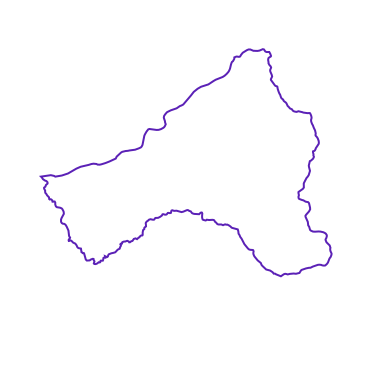 the district of Olaya, Antioquia, Colombia, rotated 70°
{"feature_id": "7082276B51610426990427", "entity_name": "Olaya", "entity_type": "district", "adm_level": 2, "iso_a3": "COL", "parent_name": "Colombia", "parent_adm1": "Antioquia", "projection": "albers", "projection_center": [-75.768, 6.602], "detail": "fine", "context": "isolated", "style": "outline", "palette": "violet", "viewbox_px": 384, "rotation_deg": 70, "n_neighbors": 0, "source": "geoboundaries", "source_scale": "gbopen_adm2", "svg_char_len": 5957}
<svg xmlns="http://www.w3.org/2000/svg" viewBox="0 0 384 384"><g transform="rotate(70 192 192)"><path d="M304.8,118.7L303.5,117.1L302.7,115.8L302.8,111.0L303.2,108.1L303.7,106.5L303.4,104.0L303.5,98.6L303.9,97.1L304.7,95.5L305.5,94.7L306.3,93.2L306.6,91.9L305.8,89.9L304.8,88.4L301.8,85.8L301.1,85.0L300.7,84.2L299.2,82.8L298.1,82.1L297.5,81.9L295.0,82.1L293.7,81.9L292.7,81.6L291.8,81.0L289.3,80.9L285.3,82.8L283.0,82.9L282.4,82.8L281.9,82.4L281.5,81.8L279.8,80.5L278.7,80.1L276.9,80.5L275.8,81.3L274.7,82.4L273.1,84.9L272.3,86.8L271.4,89.9L270.6,91.8L269.1,93.4L268.0,94.0L264.7,93.8L263.1,94.2L259.7,93.4L254.1,93.8L253.1,93.5L252.3,92.4L250.3,88.7L248.7,86.9L247.0,86.4L242.9,85.9L242.4,85.9L241.3,86.3L239.9,88.6L238.0,90.1L237.1,91.4L235.2,93.6L234.6,93.9L233.1,93.7L231.5,92.6L229.2,92.3L228.4,91.9L227.0,86.8L226.1,85.4L222.3,84.1L221.5,83.4L218.0,79.6L217.2,78.1L216.1,76.6L212.5,73.9L208.5,73.5L207.1,73.2L204.2,71.3L203.3,70.7L203.2,69.5L202.1,66.8L200.7,65.4L199.0,65.4L198.1,64.9L196.4,64.8L195.2,64.4L195.2,63.0L195.0,62.4L194.1,61.3L193.3,60.8L190.2,56.6L189.3,56.0L187.4,55.5L184.6,55.5L182.9,55.9L181.5,56.5L180.7,56.5L179.6,55.8L178.7,55.6L176.2,55.3L173.2,55.6L170.8,55.6L169.0,55.9L166.6,55.9L165.0,55.5L163.8,54.6L162.7,54.1L160.8,53.9L158.4,54.1L158.1,54.4L157.3,56.7L155.4,60.3L154.8,60.9L152.5,64.4L152.5,66.3L151.8,67.6L150.9,68.8L150.4,69.2L149.5,69.6L148.5,69.8L146.9,71.4L145.4,71.9L143.8,72.7L141.1,72.9L140.1,73.2L138.1,74.5L137.2,74.8L136.4,74.7L134.8,75.7L134.3,75.9L133.1,76.0L130.4,75.9L129.6,76.2L127.3,76.3L124.5,76.2L122.2,75.8L121.8,76.0L120.9,77.2L120.3,77.6L113.7,79.5L113.0,79.3L110.9,77.2L109.2,77.0L105.8,77.2L104.8,77.1L103.9,76.7L102.2,75.1L100.9,75.1L99.2,75.8L97.3,76.1L96.2,75.7L93.9,75.3L92.5,74.5L92.1,73.9L91.6,71.6L91.2,71.2L88.9,71.2L86.9,71.5L86.4,72.8L86.1,73.8L85.8,74.3L84.9,75.1L82.7,75.6L82.0,76.6L82.2,80.3L81.8,82.3L80.3,86.0L78.0,88.5L77.4,90.1L77.5,92.0L78.5,96.7L79.9,99.0L81.1,100.4L81.1,101.6L80.0,103.6L79.9,104.6L80.0,106.2L80.7,106.4L81.5,106.9L83.1,108.8L83.5,110.0L84.2,110.7L85.6,111.8L89.1,114.1L90.8,115.7L91.7,116.9L92.9,119.1L93.9,121.6L94.4,123.9L94.6,131.3L95.1,134.0L96.5,139.8L96.2,147.5L96.9,151.4L98.5,156.1L100.9,159.9L106.8,170.3L107.1,172.3L107.1,174.0L108.1,177.8L108.0,183.9L108.4,187.8L108.6,188.5L110.0,190.9L111.1,192.3L111.8,192.7L112.6,193.1L116.1,193.2L117.5,193.5L119.3,193.5L120.7,194.8L121.5,195.9L121.9,197.0L122.3,199.6L122.2,202.0L121.6,204.0L118.2,210.5L118.2,211.7L119.7,214.1L121.9,216.7L122.9,217.6L130.8,222.4L132.1,223.8L132.6,224.8L132.8,227.1L132.8,231.0L131.6,236.5L131.4,238.1L130.8,240.3L130.4,243.8L130.6,245.0L133.0,250.7L134.5,252.2L135.1,259.2L135.2,263.4L135.0,267.5L134.8,269.2L134.0,271.3L133.0,272.2L131.7,274.9L131.3,277.0L131.2,279.7L130.2,288.0L130.5,292.7L132.2,302.2L132.0,308.7L130.8,315.2L129.7,316.1L127.9,318.9L125.9,328.6L127.0,328.1L128.9,327.7L130.9,326.3L131.9,325.1L133.2,324.5L134.2,324.6L134.7,324.9L135.5,326.9L136.8,327.9L137.3,329.4L137.6,329.7L138.6,329.8L140.4,329.5L141.8,330.0L142.7,330.1L144.2,329.5L145.6,329.3L148.1,328.2L149.8,328.6L150.4,328.2L150.3,327.7L150.5,327.2L151.0,326.7L152.1,326.2L153.4,326.4L153.6,326.0L153.7,324.9L154.0,324.3L155.1,324.1L157.1,324.8L159.0,324.8L160.1,324.1L161.6,321.4L162.8,320.1L163.7,319.7L165.8,319.4L166.9,319.4L168.7,319.9L171.9,323.5L173.1,324.5L175.1,325.2L175.7,325.2L176.8,324.9L177.7,324.1L178.2,323.0L179.1,322.3L179.7,322.0L181.8,321.6L186.0,321.3L191.1,322.5L192.1,322.5L193.0,322.1L193.7,322.6L194.6,324.1L195.4,324.5L195.9,324.5L196.0,324.1L195.9,322.8L196.6,322.0L198.9,321.0L200.6,319.3L202.7,318.7L204.5,318.6L205.3,318.3L206.0,317.7L207.2,315.7L210.7,316.4L211.0,316.0L212.0,315.7L212.3,315.3L212.3,314.6L212.7,314.4L219.1,314.9L220.4,314.3L221.2,312.0L221.2,311.2L220.9,310.6L220.8,308.4L220.9,307.9L221.3,307.4L222.7,307.7L223.4,307.4L223.9,307.4L225.5,308.7L225.9,308.6L226.3,308.3L226.8,307.1L226.7,305.3L226.1,303.8L226.6,302.9L226.6,302.4L226.3,302.0L225.7,301.8L225.3,301.2L226.0,299.3L225.4,298.7L223.7,297.8L223.5,296.9L224.1,296.1L224.1,295.7L222.6,295.6L223.8,294.4L224.1,293.9L223.8,293.1L222.7,292.3L222.1,291.5L222.0,288.8L222.3,286.6L222.4,284.7L220.8,281.6L220.5,279.3L220.1,279.0L219.6,278.8L218.5,277.5L218.0,277.1L216.6,277.2L216.3,276.7L216.7,276.2L216.6,275.5L216.3,275.2L215.6,275.0L215.3,274.5L215.3,272.9L215.7,271.7L215.7,269.6L216.8,268.4L217.8,268.2L218.0,267.5L217.5,265.9L217.6,264.7L216.2,262.7L216.3,260.9L217.5,259.8L216.6,257.7L216.6,256.9L216.1,256.4L215.6,255.3L215.5,254.5L215.8,253.8L215.8,253.4L215.4,253.0L213.2,252.2L211.1,251.0L210.5,249.5L209.6,249.2L209.2,248.8L208.6,247.0L206.3,246.3L205.6,246.2L205.0,245.8L204.2,244.5L204.0,243.5L203.3,241.8L203.4,240.2L204.5,238.6L205.0,237.3L204.9,236.8L204.0,235.6L203.9,235.2L204.7,232.6L204.4,230.3L203.8,228.3L202.9,227.4L202.9,227.1L203.0,226.6L204.1,225.1L204.4,224.2L204.3,223.3L203.4,221.9L203.5,221.4L204.3,220.0L204.4,219.0L202.5,217.7L202.4,216.9L202.6,216.5L203.6,215.3L204.3,212.9L207.3,208.7L207.5,206.9L207.3,203.2L207.5,202.2L208.0,201.6L208.8,201.1L209.8,199.8L211.6,199.3L212.2,198.9L213.3,197.5L215.3,192.9L214.4,190.9L214.5,190.1L214.8,189.7L215.8,189.7L217.9,190.7L219.7,191.3L221.5,191.4L222.1,190.9L223.4,189.0L223.4,188.3L223.1,187.6L224.2,185.5L225.1,182.4L225.7,181.2L226.3,180.8L227.9,180.5L229.0,179.8L230.9,179.1L231.7,178.0L232.5,175.6L233.8,174.2L233.7,172.4L233.8,171.8L234.4,171.1L234.7,170.0L235.8,168.9L237.6,167.6L238.8,167.1L239.4,166.6L242.8,161.8L244.6,161.9L247.1,162.5L248.6,162.1L250.8,162.0L252.7,161.4L258.9,160.6L264.1,158.8L265.3,158.2L266.2,157.1L267.1,155.1L267.6,154.4L268.8,154.4L270.2,155.2L271.2,155.5L273.1,155.5L274.1,155.3L278.7,153.7L282.3,151.6L284.2,151.6L285.4,151.2L290.2,148.8L292.5,145.5L294.9,143.7L296.7,143.1L297.0,142.1L297.4,141.6L297.9,141.4L301.6,137.3L300.7,133.9L300.7,132.7L301.0,131.9L302.2,130.2L302.4,128.1L303.4,124.3L304.4,122.3L304.8,118.7Z" fill="none" stroke="#5b21b6" stroke-width="2"/></g></svg>